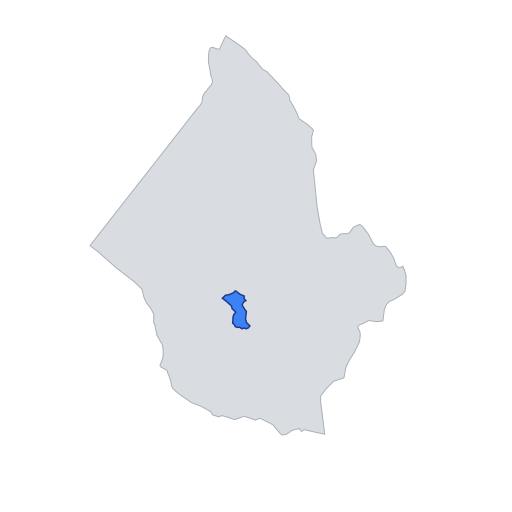 Kaberamaido highlighted on a map of Uganda, rotated 128°
{"feature_id": "UGA-3066", "entity_name": "Kaberamaido", "entity_type": "District", "adm_level": 1, "iso_a3": "UGA", "parent_name": "Uganda", "parent_adm1": "", "projection": "orthographic", "projection_center": [33.211, 1.704], "detail": "fine", "context": "in_parent", "style": "filled", "palette": "blue", "viewbox_px": 512, "rotation_deg": 128, "n_neighbors": 0, "source": "natural_earth", "source_scale": "10m", "svg_char_len": 2979}
<svg xmlns="http://www.w3.org/2000/svg" viewBox="0 0 512 512"><g transform="rotate(128 256 256)"><path d="M350.1,393.1L343.8,393.2L333.6,393.2L323.3,393.2L313.1,393.2L302.8,393.2L292.6,393.2L282.3,393.2L272.1,393.2L261.8,393.1L251.6,393.1L241.3,393.1L231.1,393.1L220.8,393.1L210.6,393.1L200.3,393.1L190.1,393.1L179.8,393.1L173.8,393.1L172.6,392.9L171.7,392.7L167.9,393.4L163.9,395.9L159.6,397.0L155.1,396.5L154.5,396.8L152.2,396.7L148.9,396.6L145.9,397.2L143.6,399.4L141.3,403.2L137.1,407.5L133.8,411.4L131.0,414.1L124.6,418.6L121.2,419.9L119.4,419.7L118.4,418.9L116.4,413.1L115.1,412.2L102.7,415.1L100.8,415.2L101.0,413.4L100.1,399.8L99.9,391.5L101.5,386.3L102.5,380.3L102.6,375.1L104.8,366.1L104.0,360.7L106.9,341.8L107.7,338.7L108.9,329.6L110.7,326.7L112.3,325.6L114.4,320.0L118.5,311.1L121.3,306.5L120.7,296.4L121.2,289.5L121.8,288.0L127.9,285.5L135.7,279.1L139.0,271.7L143.6,266.9L152.7,263.9L179.5,238.3L191.9,224.5L197.4,217.4L197.6,214.9L198.6,211.6L196.4,209.0L193.8,206.6L193.0,204.4L190.8,203.3L187.6,203.4L185.4,201.8L183.0,198.7L180.6,196.7L173.1,196.9L167.2,193.7L167.3,189.4L169.6,180.9L174.1,171.1L174.3,168.4L173.7,166.2L172.6,164.2L170.6,162.2L168.7,159.9L170.2,152.9L173.0,146.0L175.3,142.6L177.6,138.7L176.9,135.6L173.7,134.0L175.4,130.9L178.9,125.8L185.8,120.5L191.8,117.0L195.8,117.0L203.6,119.8L210.6,123.1L214.5,123.3L219.2,121.9L228.9,116.1L231.2,118.0L234.1,121.5L237.2,127.3L243.3,130.0L246.2,131.9L248.3,132.4L249.5,131.9L251.8,127.3L254.6,124.8L259.8,121.7L271.3,119.2L279.5,118.4L282.9,117.9L288.8,116.4L297.9,111.7L306.9,117.7L316.7,118.9L326.2,118.9L329.1,117.0L330.8,115.6L340.7,105.6L354.2,92.1L363.2,111.1L366.3,112.2L365.9,113.9L365.1,115.5L371.0,120.1L378.2,122.5L380.8,124.9L381.1,127.4L378.6,138.6L379.1,141.8L381.4,153.0L385.7,155.5L389.6,166.7L397.3,171.5L398.4,172.9L400.2,178.3L402.6,184.3L404.4,185.7L405.6,186.0L407.9,192.4L406.5,195.9L408.3,206.8L411.2,216.4L412.0,228.0L412.1,233.1L412.0,236.2L411.3,240.6L410.0,243.1L407.5,245.6L404.8,249.5L402.4,253.7L400.9,255.7L402.0,262.0L401.7,263.6L401.1,264.4L397.6,265.4L393.1,267.0L390.4,268.7L386.6,271.9L383.5,275.3L379.4,285.4L372.6,293.2L371.4,295.8L365.0,300.5L362.2,306.3L360.4,313.3L357.9,318.4L352.4,325.4L351.2,336.4L351.4,358.3L349.9,383.3L350.1,393.1Z" fill="#d9dde1" stroke="#a8b0b8" stroke-width="1"/><path d="M296.9,251.1L296.0,250.4L296.0,245.3L294.8,240.5L296.8,239.4L297.4,236.5L299.6,237.4L301.7,237.2L302.6,236.9L303.5,236.4L303.7,235.7L303.9,234.9L305.1,231.6L305.5,229.7L306.0,229.1L306.7,228.8L311.9,225.6L312.8,224.6L313.5,223.4L314.0,223.0L314.3,222.4L314.8,217.8L317.3,217.8L319.5,219.0L319.7,220.1L320.2,221.2L321.3,221.8L322.1,222.5L322.1,224.8L323.6,226.6L324.2,227.8L324.4,229.0L323.4,230.9L323.3,232.0L323.3,233.1L321.2,234.4L318.5,236.4L316.1,237.4L312.7,237.4L312.4,239.9L312.3,242.2L310.4,244.8L310.0,251.1L310.0,256.5L305.7,255.9L304.0,254.2L302.0,252.8L298.9,251.2L297.9,250.9L296.9,251.1Z" fill="#3b82f6" stroke="#1e3a8a" stroke-width="1.5"/></g></svg>